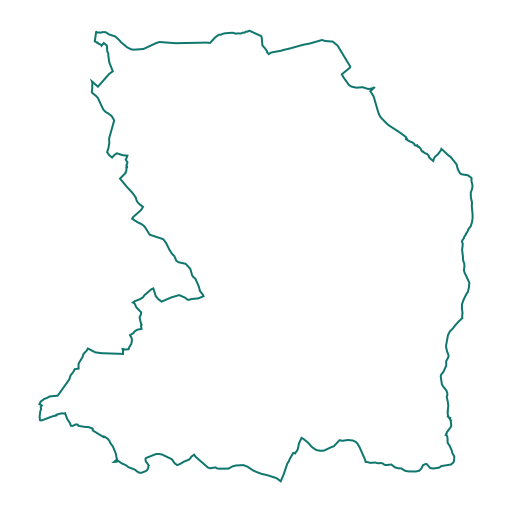 the district of Socond, Satu Mare, Romania
{"feature_id": "2599482B56035864405042", "entity_name": "Socond", "entity_type": "district", "adm_level": 2, "iso_a3": "ROU", "parent_name": "Romania", "parent_adm1": "Satu Mare", "projection": "mercator", "projection_center": [22.99, 47.536], "detail": "fine", "context": "isolated", "style": "outline", "palette": "teal", "viewbox_px": 512, "rotation_deg": 0, "n_neighbors": 0, "source": "geoboundaries", "source_scale": "gbopen_adm2", "svg_char_len": 5969}
<svg xmlns="http://www.w3.org/2000/svg" viewBox="0 0 512 512"><path d="M210.2,468.3L215.4,467.4L217.0,468.4L219.3,468.7L228.5,468.6L232.5,466.4L235.8,465.5L243.3,465.1L247.7,466.8L253.0,470.4L255.8,471.7L261.8,474.0L266.4,474.9L276.6,478.2L280.7,481.3L283.6,474.6L287.3,463.6L288.9,461.2L289.8,458.9L293.2,453.0L295.2,453.4L295.5,452.5L296.9,450.9L297.8,449.1L299.1,443.1L301.5,437.9L303.4,438.9L308.0,442.6L311.7,446.8L315.1,449.3L316.9,450.2L320.8,450.8L324.0,450.6L331.6,447.0L333.8,446.3L339.5,440.2L342.5,440.8L347.9,440.0L352.8,440.5L355.7,441.9L357.6,443.8L359.7,447.5L364.0,457.2L365.2,460.2L365.6,461.9L366.8,461.9L370.5,462.9L375.1,462.5L378.2,463.3L380.9,463.0L382.6,463.4L384.5,464.8L386.0,465.1L391.3,464.5L395.0,467.4L398.4,468.3L401.2,468.4L405.1,470.8L408.2,471.4L415.9,471.5L419.3,470.7L421.4,468.4L423.1,465.1L425.9,463.9L426.7,464.1L430.3,468.1L433.6,468.5L439.3,467.6L441.2,466.1L451.0,464.5L453.4,462.4L454.0,461.0L454.3,456.5L452.5,453.4L451.5,449.9L449.6,445.7L447.7,442.9L447.5,441.8L447.6,439.5L447.3,436.7L446.6,435.4L445.8,435.0L446.3,434.4L446.1,434.0L446.6,433.4L446.9,432.2L450.5,427.4L451.3,425.8L450.7,420.9L451.0,420.5L449.8,419.0L450.2,418.9L450.3,418.0L447.8,416.6L448.1,415.7L447.8,414.8L447.6,412.1L447.9,411.6L447.8,410.1L448.3,405.6L447.7,401.2L446.7,396.9L447.4,394.6L447.2,392.7L446.3,390.3L443.1,386.5L441.9,384.3L440.7,376.3L441.1,374.8L443.4,371.8L446.2,365.7L446.2,361.2L448.5,356.8L448.4,354.7L447.2,351.8L446.3,348.2L446.0,345.9L448.0,335.1L449.9,331.3L452.5,328.9L455.3,325.2L458.5,321.7L462.4,318.0L462.1,317.1L462.5,312.6L461.9,308.6L462.0,304.2L463.6,299.7L466.4,294.0L467.8,292.1L469.1,286.8L469.0,285.7L469.4,283.0L465.9,275.2L464.8,273.3L463.9,270.2L464.4,266.6L464.3,263.6L463.3,261.1L463.0,259.0L462.9,256.4L462.1,249.9L462.8,243.9L461.9,241.5L462.3,240.4L463.9,238.2L464.2,236.8L465.9,234.5L465.9,233.7L467.0,232.5L468.8,228.6L470.7,226.3L472.0,222.2L472.6,218.1L472.6,214.7L471.8,206.4L472.0,202.4L470.9,197.7L470.8,194.0L470.8,192.3L471.8,189.8L472.4,187.2L472.4,184.9L471.5,181.4L471.5,177.9L467.9,175.3L461.8,174.3L460.1,173.5L458.2,170.0L457.2,167.3L457.0,165.4L456.2,163.9L450.5,156.8L448.9,155.8L441.4,148.9L441.0,150.1L437.8,154.4L435.5,156.3L434.0,158.3L433.2,161.0L429.5,157.9L428.9,156.9L428.9,156.1L427.3,154.1L424.4,152.9L423.1,151.5L422.4,151.7L421.5,150.7L420.6,148.6L419.0,146.9L418.3,147.0L417.6,145.9L417.1,145.9L417.0,145.3L416.3,145.7L414.8,145.3L414.1,143.7L413.4,143.5L412.6,142.5L409.4,141.3L406.3,139.4L407.6,138.2L405.6,139.4L406.4,138.1L405.9,137.0L399.7,132.4L388.9,125.4L386.4,123.2L380.8,117.5L379.4,115.2L378.0,111.5L373.6,96.3L370.3,91.2L374.1,87.7L373.8,87.5L371.9,88.5L369.3,88.9L367.5,88.8L362.6,87.2L356.4,87.7L351.5,86.6L349.0,85.1L343.5,77.4L341.8,74.3L350.0,67.6L350.3,66.7L337.6,45.6L332.7,41.6L325.2,41.0L322.0,40.0L309.8,43.5L303.1,44.8L289.0,48.7L282.8,50.1L281.9,50.6L272.3,52.3L270.4,52.9L268.8,54.1L267.1,52.3L267.0,51.3L265.1,48.5L262.4,45.4L261.7,37.4L261.2,36.1L249.4,30.7L247.1,31.7L246.0,31.6L244.8,32.6L243.1,32.6L241.0,33.5L237.3,33.4L235.8,33.7L233.0,32.8L231.3,32.8L225.1,33.3L222.8,33.8L221.0,34.7L219.3,34.7L218.0,35.3L215.1,37.5L210.1,42.9L206.3,42.6L175.6,43.2L159.3,42.0L156.1,43.1L143.4,49.0L133.4,49.7L130.8,49.2L127.1,47.3L121.0,42.2L119.1,40.0L115.0,36.3L109.5,34.6L105.4,32.1L102.3,32.1L100.9,32.7L99.0,32.4L97.6,32.6L96.6,32.3L96.4,31.9L96.1,32.0L94.8,41.4L97.5,42.6L97.4,43.0L97.9,43.3L101.4,45.0L101.6,45.6L103.8,43.0L106.7,45.5L107.0,46.6L107.2,51.2L108.3,53.6L108.3,55.5L109.3,62.5L112.8,71.3L109.2,73.9L97.9,86.7L91.9,81.4L92.5,83.4L92.2,85.2L92.3,87.7L91.8,92.0L92.3,93.0L95.7,95.6L97.8,97.8L103.2,109.4L105.4,111.8L108.5,113.6L111.6,116.0L113.7,119.4L114.1,120.7L109.1,138.5L109.3,143.2L108.4,148.3L107.1,152.1L109.2,155.2L112.1,157.5L114.6,154.8L116.9,153.3L123.0,155.3L127.4,155.6L126.6,157.9L125.7,159.6L127.5,162.5L126.4,165.2L127.1,166.3L127.0,167.3L126.3,167.5L126.5,168.6L126.2,171.4L125.5,172.3L125.6,173.0L120.0,178.6L126.8,186.8L132.3,192.7L135.8,197.6L136.5,200.2L137.5,202.1L139.8,204.5L143.0,206.8L141.2,209.9L133.2,217.0L132.1,218.7L137.1,222.0L141.4,224.1L143.7,225.7L145.3,227.6L149.7,234.7L163.6,239.3L163.3,239.2L166.3,243.4L169.2,249.3L172.0,253.8L174.4,256.2L176.3,260.7L178.4,262.2L185.6,263.8L190.3,268.8L192.1,275.3L193.0,276.7L195.4,278.8L198.6,286.0L199.6,289.3L199.7,290.6L203.0,294.9L203.5,296.2L198.3,298.4L191.8,299.0L188.5,299.9L187.2,299.5L185.1,297.7L179.2,295.1L171.6,297.3L161.6,301.6L158.2,299.0L155.8,296.2L153.3,288.4L151.3,289.3L146.1,293.8L144.5,295.1L143.0,297.3L139.8,299.3L134.6,301.3L132.9,302.5L134.6,303.5L136.3,307.3L141.2,312.4L140.9,314.5L139.6,317.3L140.7,322.6L141.6,324.8L141.0,325.2L141.5,328.9L137.3,329.7L134.9,331.2L134.0,332.1L133.7,332.9L130.0,335.1L131.6,338.1L132.0,340.2L131.3,343.9L129.3,347.1L128.6,349.2L124.9,349.6L123.0,348.8L122.5,349.0L123.0,350.2L123.0,353.9L101.7,353.2L95.4,352.4L87.9,348.5L86.6,350.7L83.5,354.0L82.6,356.9L79.0,362.9L78.5,364.0L78.6,368.6L74.7,369.2L73.5,371.7L70.6,375.3L69.3,379.4L57.7,395.7L49.7,396.4L47.1,397.9L44.1,399.0L40.7,401.6L39.4,404.2L41.8,405.5L40.7,407.3L41.1,409.3L40.3,411.1L39.6,416.8L40.0,420.1L41.5,420.5L52.0,416.5L56.5,415.4L56.4,414.7L58.5,414.1L61.6,413.3L64.4,413.6L65.1,413.2L67.2,419.0L69.7,422.7L70.9,425.8L72.7,425.9L75.8,424.4L77.1,424.5L77.8,424.6L78.4,425.8L84.6,426.9L88.2,427.0L92.0,428.3L92.8,428.9L92.7,430.2L93.0,430.6L103.6,437.1L103.8,436.5L104.8,436.8L107.6,438.7L109.3,440.7L110.2,442.8L112.9,446.5L115.8,453.6L116.6,458.1L117.2,459.3L114.1,461.9L116.1,461.8L118.3,461.0L121.8,463.4L125.5,465.0L128.5,467.2L134.8,469.6L137.4,471.7L139.3,472.7L141.5,472.8L145.5,471.2L147.1,470.2L148.3,468.0L148.3,466.4L148.8,465.5L145.7,461.2L145.5,458.7L146.2,457.9L155.9,454.1L158.6,453.9L162.0,454.5L171.4,459.0L172.4,459.8L173.4,461.6L174.9,463.5L177.2,465.1L179.6,464.2L184.2,461.5L189.0,459.6L190.3,458.3L191.3,456.7L194.2,454.7L195.5,456.7L208.0,467.6L210.2,468.3Z" fill="none" stroke="#0f766e" stroke-width="2"/></svg>